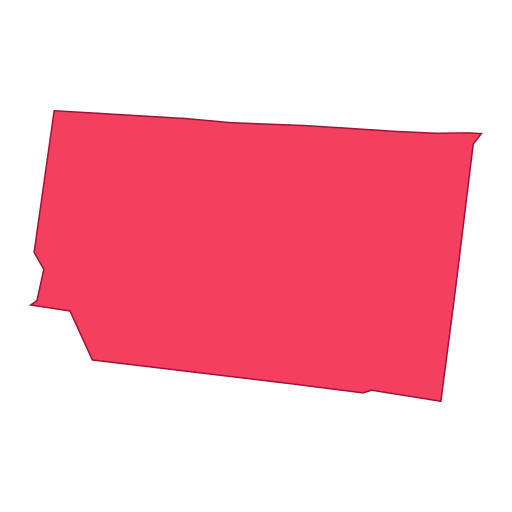 the district of Macon, Tennessee, United States of America
{"feature_id": "52423323B15880220310778", "entity_name": "Macon", "entity_type": "district", "adm_level": 2, "iso_a3": "USA", "parent_name": "United States of America", "parent_adm1": "Tennessee", "projection": "mercator", "projection_center": [-86.02, 36.526], "detail": "fine", "context": "isolated", "style": "filled", "palette": "rose", "viewbox_px": 512, "rotation_deg": 0, "n_neighbors": 0, "source": "geoboundaries", "source_scale": "gbopen_adm2", "svg_char_len": 458}
<svg xmlns="http://www.w3.org/2000/svg" viewBox="0 0 512 512"><path d="M54.2,110.7L34.1,252.3L43.8,269.3L37.0,300.5L30.7,305.0L70.0,311.0L92.4,360.0L286.4,383.2L363.1,392.9L371.6,390.2L440.9,401.3L455.4,289.7L473.2,144.2L481.3,133.6L481.2,133.6L468.1,132.9L436.7,133.3L394.0,131.3L305.7,125.6L289.5,125.0L231.2,122.7L230.8,122.7L225.4,122.2L182.1,118.2L180.8,118.3L62.3,111.2L54.9,110.8L54.2,110.7Z" fill="#f43f5e" stroke="#9f1239" stroke-width="1.5"/></svg>